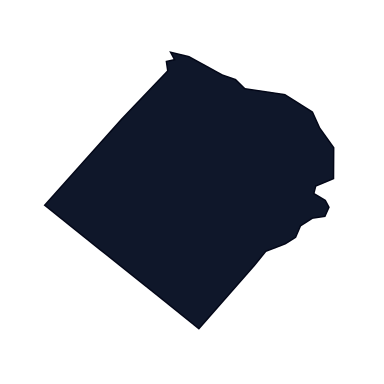 Howard, Missouri, United States of America, rotated 200°
{"feature_id": "52423323B70780869118489", "entity_name": "Howard", "entity_type": "district", "adm_level": 2, "iso_a3": "USA", "parent_name": "United States of America", "parent_adm1": "Missouri", "projection": "albers", "projection_center": [-92.759, 39.156], "detail": "fine", "context": "isolated", "style": "filled", "palette": "ink", "viewbox_px": 384, "rotation_deg": 200, "n_neighbors": 0, "source": "geoboundaries", "source_scale": "gbopen_adm2", "svg_char_len": 528}
<svg xmlns="http://www.w3.org/2000/svg" viewBox="0 0 384 384"><g transform="rotate(200 192 192)"><path d="M181.9,80.6L138.8,65.9L108.2,144.6L102.4,161.5L86.6,175.3L79.2,184.9L78.5,197.3L69.9,208.6L58.8,214.6L58.1,224.5L63.9,229.7L77.0,232.2L77.8,239.9L63.6,253.0L74.0,282.1L94.0,295.8L106.2,308.3L138.0,315.2L177.7,307.1L189.5,312.5L203.7,312.3L241.1,318.1L259.9,316.0L253.6,310.4L260.7,305.9L256.2,297.5L282.9,236.7L325.9,129.2L258.7,106.4L254.0,104.9L181.9,80.6Z" fill="#0f172a" stroke="#020617" stroke-width="1.5"/></g></svg>